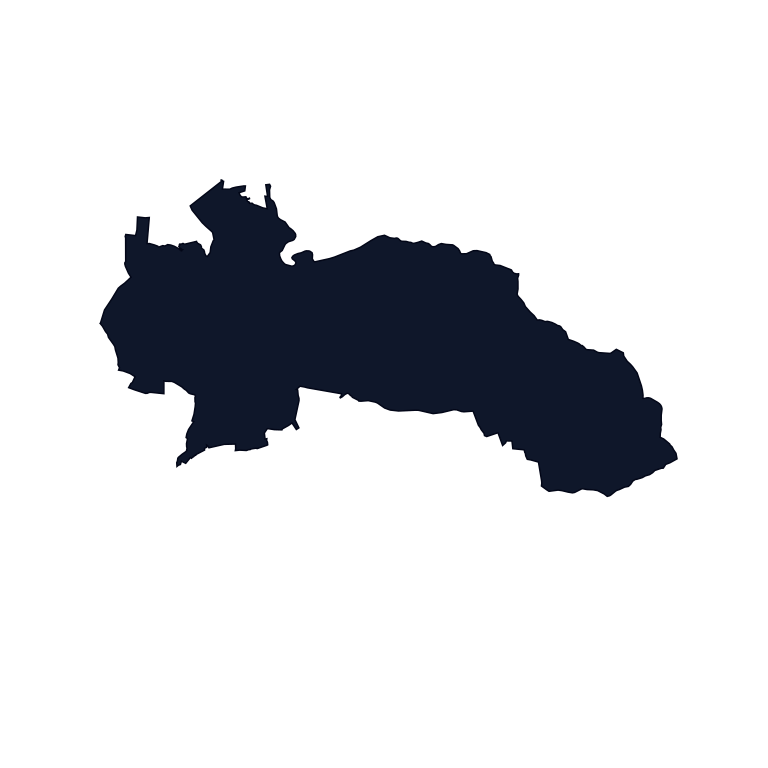 Mica, Mures, Romania (Mercator projection), rotated 295°
{"feature_id": "2599482B15916866483614", "entity_name": "Mica", "entity_type": "district", "adm_level": 2, "iso_a3": "ROU", "parent_name": "Romania", "parent_adm1": "Mures", "projection": "mercator", "projection_center": [24.41, 46.338], "detail": "fine", "context": "isolated", "style": "filled", "palette": "ink", "viewbox_px": 768, "rotation_deg": 295, "n_neighbors": 0, "source": "geoboundaries", "source_scale": "gbopen_adm2", "svg_char_len": 6159}
<svg xmlns="http://www.w3.org/2000/svg" viewBox="0 0 768 768"><g transform="rotate(295 384 384)"><path d="M515.3,197.6L516.6,195.9L514.6,192.7L504.8,199.2L503.9,196.7L493.5,204.1L492.4,199.7L492.1,193.0L491.6,190.9L491.6,189.9L492.1,188.1L490.9,185.7L491.7,185.2L492.0,184.3L491.7,183.2L493.7,181.1L493.9,182.5L494.3,183.2L495.1,183.8L495.5,183.5L494.7,182.8L494.2,181.8L494.4,180.8L495.3,179.7L493.8,177.1L493.5,176.0L493.7,174.9L494.5,173.4L496.1,171.8L500.2,176.2L504.9,174.7L504.3,173.3L499.9,166.7L497.4,163.6L495.4,162.0L492.3,155.2L499.8,153.0L499.5,152.1L500.2,151.7L500.1,149.6L499.4,151.3L463.5,133.1L460.4,136.7L453.3,151.2L451.6,156.1L449.4,163.5L448.8,164.7L442.7,169.2L442.0,168.7L441.4,168.7L435.1,169.1L429.7,170.9L424.9,170.0L424.9,168.5L426.7,166.2L428.0,165.4L429.4,164.0L429.9,161.3L431.5,160.3L432.6,158.9L432.8,155.6L433.6,154.1L434.0,153.8L426.7,144.6L426.3,143.6L426.5,142.6L426.3,142.2L425.1,141.2L424.5,139.7L424.0,139.6L423.6,140.3L422.1,139.8L421.0,141.3L420.9,142.9L420.5,143.0L420.6,144.7L419.5,143.9L418.5,144.6L419.2,143.6L420.0,139.0L420.2,135.7L419.8,131.9L418.9,129.0L416.5,127.2L415.9,125.0L412.9,122.0L412.9,121.4L413.3,120.8L413.0,117.1L412.2,112.2L411.1,109.9L435.7,100.9L433.7,97.4L431.2,90.0L419.1,95.0L413.5,96.1L410.4,86.8L408.3,87.1L407.2,88.1L385.9,98.1L384.3,97.9L383.2,98.4L381.4,99.9L376.4,105.6L373.9,109.6L365.7,106.3L361.3,103.9L358.5,102.7L345.5,101.3L333.0,99.4L319.4,101.3L319.0,101.1L317.4,104.4L313.8,109.5L312.4,112.4L309.8,114.6L305.7,121.9L304.2,124.2L301.4,126.2L295.1,131.9L291.3,134.0L289.0,134.8L287.0,137.4L284.4,137.6L285.6,142.1L286.2,149.5L285.4,155.3L279.0,155.3L277.5,154.4L272.8,154.1L273.3,160.4L274.7,171.8L275.5,173.3L277.2,174.9L277.9,176.2L282.2,188.6L293.8,183.2L294.2,185.1L296.7,190.6L296.9,193.3L296.0,201.8L295.0,205.2L294.7,207.4L293.3,210.8L293.3,212.6L294.0,216.1L294.4,217.0L293.1,218.3L291.8,218.4L288.1,220.2L287.0,221.2L283.5,222.5L276.2,224.6L269.4,225.5L269.5,227.5L260.2,226.1L255.4,226.4L251.8,227.3L251.5,229.0L246.5,230.2L243.8,231.6L242.5,232.7L241.4,232.8L240.7,233.4L238.8,232.9L235.0,230.7L230.7,228.7L229.6,228.5L227.0,229.3L225.1,229.4L221.8,231.2L223.5,232.0L225.0,233.5L228.4,233.0L228.3,237.8L235.5,239.6L235.3,240.9L237.5,241.7L237.5,242.1L239.9,242.9L239.8,243.4L241.1,243.8L248.3,249.3L249.9,248.5L251.7,250.0L252.8,249.6L253.7,249.0L253.4,250.6L252.2,252.3L261.8,264.7L266.8,274.8L262.7,276.9L260.8,277.4L263.1,281.2L265.6,287.4L267.3,289.1L268.0,290.4L269.1,291.2L271.6,294.9L271.9,296.4L279.0,303.8L279.7,304.3L281.9,303.0L283.3,301.4L284.9,300.9L283.8,299.5L289.0,296.3L293.6,297.0L294.4,297.4L296.3,303.9L299.3,310.9L300.3,310.8L306.1,315.0L309.8,317.1L305.7,323.8L308.3,325.4L314.1,318.3L333.0,314.0L335.1,313.0L337.4,311.0L342.1,308.3L342.3,308.0L342.0,306.9L346.5,308.8L347.7,313.3L348.2,316.2L357.2,349.6L355.4,350.2L353.4,349.7L353.0,350.3L354.8,351.6L357.8,352.9L360.0,354.5L360.3,355.5L360.2,356.7L359.4,358.5L359.4,359.7L358.6,361.0L358.4,367.5L357.9,368.4L358.7,370.4L362.3,376.8L363.9,383.8L364.0,386.1L362.5,394.7L363.0,400.6L365.7,408.6L373.5,423.5L374.8,426.5L377.9,441.0L382.6,448.5L390.1,457.9L391.3,460.7L391.8,465.8L392.6,468.2L396.9,475.9L396.9,476.4L386.5,487.0L385.2,489.5L383.7,491.4L381.6,495.5L379.7,496.9L379.8,499.3L388.0,507.9L378.4,517.5L382.2,519.1L384.1,518.9L386.2,523.6L386.2,524.1L385.4,524.7L379.8,528.1L383.5,538.6L383.3,539.1L381.5,540.5L380.9,541.4L378.8,542.8L376.3,545.7L377.2,549.0L378.5,557.0L362.9,567.7L360.8,568.9L358.1,569.8L356.8,576.5L356.5,578.9L361.4,586.6L362.6,590.5L363.8,596.5L365.0,600.8L366.3,602.6L372.4,607.4L373.0,608.3L374.1,612.5L376.5,618.3L377.7,622.7L377.4,630.1L376.5,633.8L378.1,635.7L379.3,636.5L384.9,639.2L386.1,640.1L387.8,641.9L392.2,645.6L394.5,648.8L397.2,649.9L401.1,650.5L403.6,652.0L404.6,653.5L406.9,656.1L408.4,657.7L411.2,659.7L414.1,663.0L417.1,664.9L420.1,666.0L424.7,670.8L425.8,672.7L430.2,673.3L433.4,676.4L440.0,681.2L444.6,677.9L446.6,674.5L448.8,671.6L449.6,669.2L450.4,668.2L451.9,662.7L452.4,660.7L452.4,656.8L456.0,655.3L459.6,654.4L461.7,653.1L464.6,652.7L468.2,650.6L473.0,648.4L478.9,646.5L480.4,645.4L481.6,644.0L482.5,642.1L483.0,639.7L483.7,631.7L483.4,629.9L482.6,628.1L481.1,626.3L480.4,624.7L483.3,623.5L487.6,620.8L491.1,618.1L501.0,608.7L504.7,602.1L506.0,599.1L507.4,594.8L510.6,589.5L513.4,587.7L513.6,579.9L508.0,576.7L507.2,575.8L503.2,565.4L503.0,563.7L503.3,559.7L500.9,553.4L500.8,552.4L502.1,549.4L502.6,547.3L502.3,546.9L502.3,546.0L502.9,543.8L503.0,542.1L502.9,537.9L502.3,532.2L508.1,526.5L508.8,523.0L510.7,519.8L510.8,518.4L510.4,516.5L510.7,513.9L510.7,510.2L510.1,506.7L509.8,505.5L508.6,503.6L508.4,500.2L507.9,498.0L506.7,495.9L509.4,491.1L511.0,486.1L513.9,479.4L516.6,476.4L518.4,472.8L520.2,468.4L521.6,466.7L526.7,465.3L533.5,462.1L536.4,460.4L539.6,460.0L540.8,459.4L539.9,457.9L539.3,455.2L539.8,453.2L541.2,451.3L540.5,439.2L539.0,434.8L538.9,434.0L539.0,433.2L539.9,432.2L541.1,430.2L544.6,427.2L545.3,425.7L546.1,425.1L546.2,421.0L544.2,411.9L542.5,408.6L537.0,403.8L534.7,399.2L534.9,398.1L536.7,396.1L538.0,393.9L539.1,388.5L539.1,387.4L536.7,381.1L535.5,376.6L533.3,374.4L530.7,372.8L529.5,371.3L528.8,369.3L528.8,368.9L529.6,366.9L530.1,365.0L529.5,362.2L529.5,357.8L526.9,355.1L524.6,352.3L523.7,350.8L523.7,348.4L523.1,347.0L522.6,343.8L520.8,339.6L520.9,338.0L521.8,335.3L521.8,334.3L521.5,333.4L520.4,332.0L519.0,327.5L519.0,321.6L514.8,316.1L508.5,311.6L498.1,304.9L492.6,300.1L490.3,297.1L478.0,285.4L474.5,281.5L465.4,269.6L465.6,268.4L467.2,266.1L471.0,264.6L472.6,263.3L473.0,260.9L472.9,259.8L471.9,257.4L471.1,256.3L467.9,253.5L465.8,250.8L463.0,248.2L461.3,247.3L459.6,247.1L458.7,248.0L457.9,251.3L457.0,252.7L456.1,253.1L454.0,252.9L452.8,252.0L451.8,250.7L450.7,244.5L450.8,243.1L452.2,239.7L453.6,237.8L456.0,235.3L458.5,233.9L459.4,234.0L462.0,235.3L468.7,235.4L470.0,235.8L472.6,237.3L475.6,240.6L477.1,241.5L480.3,241.7L482.2,240.7L483.0,239.8L484.5,236.8L485.4,233.5L485.5,232.0L489.0,225.9L489.2,220.7L489.7,218.4L490.3,217.2L491.6,216.0L497.3,212.5L500.8,209.0L502.1,207.6L502.9,206.2L503.3,203.5L504.8,201.6L511.6,198.2L515.3,197.6Z" fill="#0f172a" stroke="#020617" stroke-width="1.5"/></g></svg>